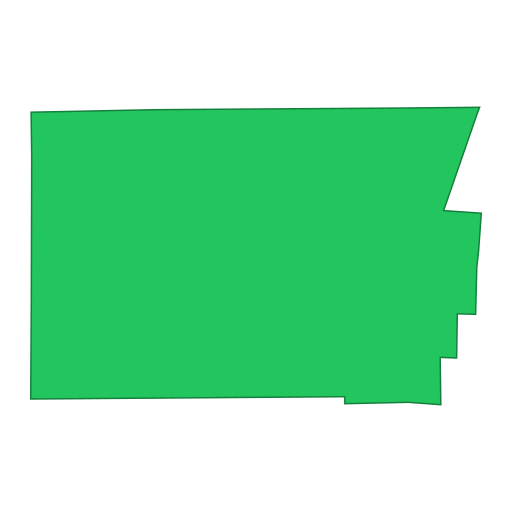 outline of Genesee, New York, United States of America
{"feature_id": "52423323B2741615206535", "entity_name": "Genesee", "entity_type": "district", "adm_level": 2, "iso_a3": "USA", "parent_name": "United States of America", "parent_adm1": "New York", "projection": "orthographic", "projection_center": [-78.093, 42.998], "detail": "fine", "context": "isolated", "style": "filled", "palette": "green", "viewbox_px": 512, "rotation_deg": 0, "n_neighbors": 0, "source": "geoboundaries", "source_scale": "gbopen_adm2", "svg_char_len": 379}
<svg xmlns="http://www.w3.org/2000/svg" viewBox="0 0 512 512"><path d="M31.1,112.2L31.7,156.0L31.3,303.4L30.7,399.0L344.8,396.7L344.8,403.7L408.3,402.3L440.8,404.7L440.2,357.4L456.6,358.0L457.3,313.8L475.6,314.3L476.8,267.4L478.6,250.8L481.3,213.2L443.6,210.6L477.8,111.9L479.6,107.3L406.4,108.0L155.3,109.7L31.1,112.2Z" fill="#22c55e" stroke="#15803d" stroke-width="1.5"/></svg>